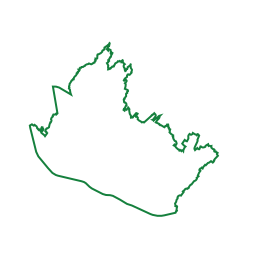 outline of Kota Bandung, Jawa Barat, Indonesia, rotated 18°
{"feature_id": "22746128B71762235135177", "entity_name": "Kota Bandung", "entity_type": "district", "adm_level": 2, "iso_a3": "IDN", "parent_name": "Indonesia", "parent_adm1": "Jawa Barat", "projection": "natural_earth1", "projection_center": [107.64, -6.903], "detail": "fine", "context": "isolated", "style": "outline", "palette": "green", "viewbox_px": 256, "rotation_deg": 18, "n_neighbors": 0, "source": "geoboundaries", "source_scale": "gbopen_adm2", "svg_char_len": 5799}
<svg xmlns="http://www.w3.org/2000/svg" viewBox="0 0 256 256"><g transform="rotate(18 128 128)"><path d="M114.3,74.3L113.8,73.9L114.0,72.5L113.7,71.3L112.1,70.0L110.9,67.3L110.9,65.8L110.6,68.2L110.4,68.2L108.9,70.2L109.1,70.7L108.9,71.5L109.0,72.2L108.3,72.4L108.0,72.7L108.3,74.1L107.8,74.7L107.3,74.3L107.0,73.3L106.5,72.9L106.4,72.2L105.4,71.6L104.8,70.7L104.6,69.7L104.7,69.0L105.2,68.3L103.4,67.5L102.9,66.9L102.0,67.3L102.2,64.5L101.4,66.0L100.5,67.1L99.4,66.8L99.0,67.5L97.8,67.6L97.6,68.6L95.9,70.5L95.7,72.3L95.2,73.2L95.5,73.8L94.5,74.5L94.0,74.5L93.1,76.6L92.7,76.5L92.4,77.3L92.0,77.2L91.4,78.2L91.0,78.4L90.9,77.6L90.2,76.3L89.9,74.6L87.9,72.8L88.8,71.6L88.4,70.1L89.2,70.3L89.3,70.1L88.9,69.8L88.8,67.7L89.1,67.4L89.1,66.2L89.7,65.7L89.6,63.3L90.0,62.3L90.0,60.6L89.3,63.2L88.5,62.5L88.6,62.1L88.1,61.1L88.2,60.5L87.6,60.1L87.3,59.2L85.3,58.9L85.2,60.5L83.5,59.5L84.1,58.2L83.9,56.5L84.0,56.2L84.7,56.0L84.4,53.1L84.2,53.0L83.9,54.4L84.1,55.0L83.3,55.2L82.1,57.3L81.5,57.6L81.1,58.8L80.8,58.9L80.8,59.4L81.3,60.1L80.7,61.5L79.9,62.0L79.7,62.6L79.9,63.5L78.8,65.5L77.9,66.2L77.5,66.8L76.4,67.4L76.3,68.3L76.5,68.5L77.2,71.3L76.9,71.7L75.6,72.0L75.9,72.7L75.7,73.3L76.2,73.4L76.5,74.0L76.0,74.9L76.0,76.0L75.3,76.3L75.2,77.0L74.4,77.4L74.1,78.1L73.3,78.8L70.9,78.7L70.5,79.4L69.0,80.3L67.9,81.5L67.7,82.5L66.7,83.1L66.4,83.8L65.1,84.3L64.9,85.1L63.9,85.4L63.6,86.0L64.0,87.3L63.0,87.7L63.9,88.4L63.9,88.8L62.9,90.0L63.3,90.6L63.1,91.3L62.6,91.2L62.2,91.9L62.6,92.7L62.2,94.3L61.5,95.4L61.0,96.8L61.3,98.4L60.5,98.6L60.4,99.8L59.9,99.9L59.6,100.5L59.4,102.1L58.8,104.2L59.2,105.3L59.0,106.4L59.2,107.2L59.7,107.4L59.6,108.7L60.8,109.3L62.4,112.4L63.5,113.8L50.0,110.8L46.8,110.9L43.8,111.8L56.4,135.9L55.7,137.2L55.1,136.7L54.3,137.9L52.9,138.2L52.6,139.7L53.0,140.3L52.7,140.6L52.1,142.2L52.1,143.5L52.5,143.8L53.0,144.7L52.9,146.1L52.4,146.6L52.6,146.9L52.4,147.1L52.3,148.8L52.6,151.8L51.3,153.4L50.9,153.4L50.6,153.8L50.3,155.1L50.3,156.5L51.3,156.8L51.2,157.1L51.5,157.3L52.7,157.8L52.6,158.3L51.6,161.4L50.7,160.7L47.2,159.4L46.6,158.7L47.5,157.4L48.0,155.8L47.9,155.4L47.2,155.4L47.2,154.7L46.4,154.5L46.4,153.8L45.8,153.8L45.7,154.0L45.6,155.6L46.1,156.3L45.6,157.9L43.8,156.8L43.6,157.4L43.0,157.1L41.6,156.2L41.6,155.8L40.5,154.7L38.2,153.9L37.9,154.7L37.5,154.9L35.5,154.2L33.9,156.0L35.0,158.1L48.1,179.1L51.5,182.7L64.4,190.9L70.0,194.1L73.9,195.0L76.2,195.0L100.3,193.0L102.9,193.0L104.9,193.5L109.6,195.8L112.4,196.7L124.4,198.6L127.8,198.5L131.8,197.4L134.6,197.2L142.4,198.6L150.5,200.5L155.6,200.5L175.8,202.9L178.3,203.0L183.2,202.4L187.1,201.1L189.6,199.8L199.4,193.9L199.5,193.4L199.3,192.4L199.9,192.0L200.1,191.4L199.3,190.4L199.0,187.6L198.5,187.2L197.8,187.7L197.1,187.6L197.1,186.9L196.1,185.3L196.6,183.4L196.4,181.2L196.9,179.9L196.9,179.1L196.5,178.7L196.6,177.9L196.9,177.1L197.8,176.2L198.8,175.8L199.3,175.9L200.7,171.7L199.8,171.3L201.1,169.2L201.2,168.5L202.0,167.7L202.7,167.6L202.9,167.3L203.2,167.5L204.2,166.4L204.3,166.0L204.1,165.7L204.7,163.4L205.3,162.4L205.8,162.2L207.2,158.2L208.4,157.1L208.9,156.2L209.2,154.8L208.7,154.2L210.0,152.1L209.1,151.7L209.4,148.5L210.1,146.4L208.9,145.9L209.1,145.4L208.9,145.1L209.3,144.2L209.9,143.9L210.4,142.9L211.5,143.4L211.7,141.7L212.7,139.2L213.5,139.4L214.8,136.6L215.9,135.8L217.2,133.9L219.3,134.7L219.7,134.1L220.1,132.5L219.7,132.3L220.2,130.5L222.1,126.6L220.7,125.5L220.9,123.9L220.6,123.8L220.0,124.2L218.9,123.3L218.6,123.6L217.5,123.7L217.0,123.2L217.2,122.2L216.5,121.7L215.0,121.7L213.3,120.9L212.9,119.4L212.5,119.7L210.6,119.7L210.2,120.2L209.8,119.9L209.2,118.7L207.9,120.1L207.2,121.3L207.3,122.0L206.7,122.6L205.3,123.4L203.4,123.4L203.0,123.0L202.6,123.1L202.4,126.1L201.4,126.4L200.1,125.6L198.6,128.3L197.6,127.3L197.4,126.0L198.2,119.3L198.1,118.4L197.7,117.9L198.0,113.2L196.5,112.3L196.2,112.3L195.7,113.6L195.0,113.1L194.2,113.4L191.2,112.7L191.2,113.8L190.3,114.8L189.9,115.0L188.4,114.6L187.9,115.9L187.8,117.0L188.7,119.4L188.2,122.4L187.4,122.5L185.6,121.8L184.4,126.1L186.3,127.2L188.4,127.9L187.9,128.8L187.5,131.9L187.7,132.9L187.0,132.4L186.3,132.4L185.9,133.5L184.4,132.8L183.8,133.6L182.9,132.7L182.1,132.8L179.6,131.6L178.5,130.7L176.9,130.4L177.4,129.2L178.8,129.2L179.1,127.9L178.8,127.3L177.8,125.9L176.4,125.8L174.5,124.2L174.3,123.6L173.8,123.3L173.8,122.4L173.0,122.0L173.2,121.0L170.9,120.4L168.8,119.3L168.8,117.9L168.5,117.0L168.1,116.9L168.4,116.2L166.9,115.8L166.8,114.8L165.1,114.3L165.6,113.3L165.1,112.3L164.1,112.6L163.9,113.9L162.9,114.5L162.5,116.0L162.2,116.0L158.4,115.1L157.9,115.2L157.7,115.4L156.7,115.0L156.7,114.6L156.2,114.4L152.7,114.1L153.6,110.8L154.0,110.5L154.6,108.8L154.6,108.0L154.1,107.7L154.8,106.2L153.8,106.9L152.5,109.2L151.6,110.2L150.1,113.1L149.6,112.7L149.0,112.6L149.6,112.2L149.4,111.6L150.3,109.4L150.6,107.7L150.0,106.7L148.4,105.8L148.0,106.9L147.2,108.1L147.0,107.9L146.7,108.3L146.1,109.9L141.5,117.8L140.6,117.6L139.4,118.4L138.4,117.9L136.3,117.5L134.5,116.7L134.2,115.2L133.3,114.6L132.0,114.9L131.0,114.3L132.6,112.4L132.7,111.4L131.8,111.3L131.2,111.3L129.4,115.4L129.4,116.4L129.2,116.6L128.8,116.4L127.7,117.3L127.3,116.7L127.5,115.9L125.3,114.0L123.2,109.9L123.4,109.6L122.0,108.5L121.5,109.5L121.4,110.0L121.1,110.4L121.0,111.1L119.6,110.9L119.4,112.6L118.2,112.2L118.2,110.9L118.8,110.2L119.1,107.6L119.2,107.2L119.7,107.1L118.8,105.3L117.6,104.6L116.9,104.9L116.3,104.6L115.2,102.3L115.4,102.0L115.3,101.5L115.6,101.4L115.4,100.9L115.8,100.5L115.9,99.5L116.4,98.4L115.6,96.1L115.7,95.7L116.4,95.0L116.0,93.9L116.6,93.1L116.6,92.7L116.0,92.0L112.9,91.7L112.8,89.1L112.3,87.0L111.2,86.4L112.0,84.8L112.2,83.8L112.0,83.3L111.0,82.8L110.1,83.4L109.7,84.2L109.3,84.0L109.7,82.0L111.3,79.7L110.9,78.6L111.1,77.3L111.6,76.9L112.4,77.1L113.1,76.9L114.3,74.3Z" fill="none" stroke="#15803d" stroke-width="2"/></g></svg>